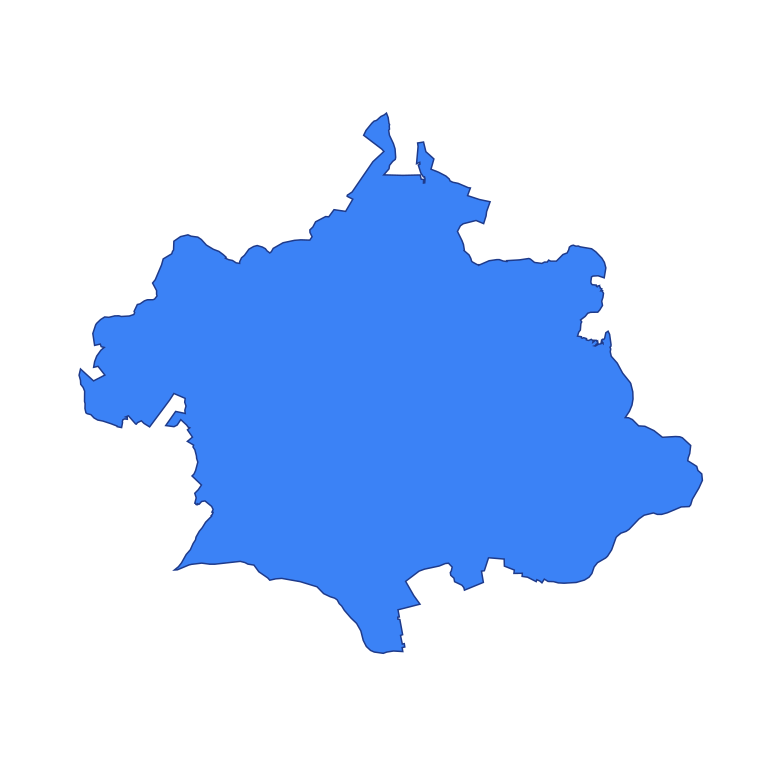 the district of Cojocna, Cluj, Romania, rotated 351°
{"feature_id": "2599482B9725035335069", "entity_name": "Cojocna", "entity_type": "district", "adm_level": 2, "iso_a3": "ROU", "parent_name": "Romania", "parent_adm1": "Cluj", "projection": "equal_earth", "projection_center": [23.848, 46.739], "detail": "fine", "context": "isolated", "style": "filled", "palette": "blue", "viewbox_px": 768, "rotation_deg": 351, "n_neighbors": 0, "source": "geoboundaries", "source_scale": "gbopen_adm2", "svg_char_len": 6143}
<svg xmlns="http://www.w3.org/2000/svg" viewBox="0 0 768 768"><g transform="rotate(351 384 384)"><path d="M666.3,552.8L668.0,551.3L670.5,546.1L678.7,536.1L683.4,529.0L683.8,522.5L680.5,518.5L680.0,514.3L672.0,507.3L672.9,504.5L675.1,500.5L677.3,492.7L670.3,483.8L667.9,482.4L663.8,481.5L650.7,480.2L643.4,472.3L635.1,466.6L629.0,465.2L623.8,458.0L620.3,455.6L617.0,454.9L622.1,449.4L625.6,443.7L627.6,437.8L628.5,430.7L627.8,422.2L627.3,420.9L621.4,410.6L617.6,399.8L612.8,392.2L612.5,387.6L613.4,384.9L613.0,383.0L614.1,382.1L614.4,380.6L614.6,370.3L613.6,366.9L611.1,368.1L609.2,373.1L608.0,374.4L606.8,374.0L605.8,374.7L606.1,375.9L605.6,376.6L606.8,377.6L606.7,378.4L605.9,377.5L605.3,377.8L605.0,376.9L604.5,378.2L602.0,378.3L598.7,379.6L598.0,379.3L599.7,379.0L599.6,378.1L601.7,377.3L601.7,374.9L601.0,375.3L600.6,374.1L597.8,373.6L598.2,374.7L596.9,375.4L597.4,374.2L595.7,372.3L593.1,373.0L591.7,372.6L590.7,371.9L591.2,371.1L590.9,370.7L588.4,369.5L587.0,369.8L586.2,369.2L586.4,368.2L582.6,367.0L584.5,363.2L586.4,361.4L587.9,355.1L589.0,353.6L588.1,351.5L593.3,348.7L596.3,346.0L599.2,345.5L606.4,346.5L608.7,344.6L612.1,340.6L612.0,336.2L613.8,332.7L615.0,328.7L614.1,326.7L614.4,326.1L612.7,325.9L614.1,324.2L612.6,323.1L612.7,322.2L611.9,321.2L612.2,320.5L610.1,320.7L609.7,321.3L609.1,320.7L609.1,319.5L605.2,318.5L604.3,317.0L604.3,315.3L605.7,310.7L607.3,310.1L612.4,310.6L618.1,313.6L621.3,304.0L620.7,298.3L618.9,293.8L613.9,286.6L610.2,282.9L599.2,279.2L597.5,278.1L595.1,277.9L592.7,276.5L590.6,276.7L588.5,277.8L587.4,280.4L585.4,283.2L581.0,284.1L573.5,289.6L567.8,288.7L566.0,287.4L564.3,289.1L561.5,288.7L558.8,289.6L551.7,287.5L548.1,283.5L546.7,282.7L537.2,282.6L524.9,281.4L525.2,281.9L524.7,282.3L521.0,281.2L517.4,279.2L515.1,278.8L507.1,278.7L496.3,281.5L496.4,281.0L494.9,280.8L490.3,277.2L489.7,276.2L489.4,273.5L488.2,269.8L483.9,264.7L484.3,264.4L484.3,258.6L483.5,254.7L480.4,244.8L484.2,239.7L487.4,238.1L500.5,236.9L507.5,241.2L511.1,234.0L512.3,229.8L517.3,220.6L507.1,216.7L496.0,211.0L500.0,203.9L497.8,203.2L488.6,197.4L483.5,195.5L481.0,193.7L480.5,191.7L477.7,188.3L471.1,183.4L464.0,179.2L468.5,169.5L461.7,161.1L460.9,151.2L454.9,151.2L454.8,154.8L450.6,171.5L454.0,170.6L453.9,172.5L452.1,173.1L453.4,181.5L455.4,185.7L456.4,185.7L456.6,187.7L455.7,191.7L454.4,191.7L455.1,188.1L452.8,187.6L452.4,183.2L435.3,180.9L416.5,177.4L422.6,172.3L423.7,168.9L427.4,165.5L430.3,163.9L431.0,161.9L431.7,153.5L430.9,148.0L428.3,139.2L428.3,134.2L429.3,133.2L429.5,130.2L430.1,128.5L429.7,127.6L429.8,121.5L428.8,116.8L426.4,118.2L422.8,119.3L417.8,122.5L415.3,122.8L412.7,124.6L405.9,130.7L402.8,135.2L418.5,151.6L420.3,154.3L407.8,162.7L382.5,189.4L377.4,191.7L376.9,192.7L377.4,193.2L382.1,196.6L373.1,207.5L361.9,204.0L355.6,210.2L352.5,209.5L341.8,213.1L338.3,217.8L334.9,220.2L334.6,222.8L336.0,227.3L333.2,230.3L324.4,228.6L318.0,228.1L306.4,228.7L295.8,232.7L293.4,235.7L291.7,236.7L289.3,234.2L288.0,231.8L285.3,229.7L280.4,227.4L276.7,227.8L271.7,229.7L266.3,235.1L263.0,237.1L260.6,240.6L260.3,242.3L256.9,241.2L253.7,238.3L250.0,236.9L247.0,234.9L247.9,234.1L245.5,231.1L241.7,227.2L236.6,224.3L230.3,219.0L226.2,212.7L223.1,209.8L216.5,207.8L213.7,206.0L206.1,206.6L198.8,210.1L197.1,218.7L195.9,219.9L194.7,222.2L185.5,225.9L182.9,231.6L174.4,245.2L171.2,248.1L174.0,256.2L173.4,259.8L173.6,261.5L170.6,264.3L168.8,264.6L163.4,263.8L160.3,264.4L155.5,266.7L152.8,266.9L148.5,273.2L148.9,274.5L147.8,276.2L143.1,277.0L135.0,276.2L132.9,275.2L128.7,274.6L122.7,275.1L118.6,274.1L114.2,276.0L109.6,279.2L108.4,280.6L104.3,288.6L104.2,300.6L110.0,300.2L110.5,302.9L113.4,304.1L109.7,306.3L104.6,311.5L101.7,316.6L99.8,322.1L104.3,321.8L109.7,331.5L97.6,335.5L86.6,321.7L84.2,327.6L84.8,332.9L84.4,336.9L86.3,340.3L87.2,344.2L85.5,354.3L85.7,356.7L84.8,361.5L85.1,365.8L86.2,366.9L89.7,368.4L92.3,372.2L95.6,374.8L100.5,376.6L108.1,380.5L113.8,383.8L113.7,384.3L114.5,384.7L118.0,386.0L119.7,381.3L119.7,380.0L120.6,378.4L122.4,377.9L125.0,378.7L125.2,376.8L123.8,376.1L126.6,375.4L132.4,384.6L133.1,384.9L134.5,383.6L138.6,382.4L140.8,385.4L145.8,389.7L169.6,366.5L175.0,360.5L185.4,367.1L184.3,370.8L185.0,374.8L183.2,378.7L183.1,382.0L173.9,378.5L161.9,390.9L169.9,393.3L173.3,392.2L177.7,387.4L182.6,393.6L183.9,396.1L185.3,396.9L182.7,398.5L186.5,406.5L180.8,409.9L186.4,414.6L185.5,416.3L186.9,419.4L187.5,425.7L187.3,428.2L187.9,432.0L184.3,440.1L182.2,443.2L180.0,444.8L187.9,455.2L184.1,459.3L180.0,462.3L180.7,467.1L178.5,472.1L179.4,472.5L179.4,473.5L180.5,474.1L181.3,473.1L182.2,473.9L182.8,473.7L185.5,471.5L188.9,471.5L194.6,477.9L195.6,481.2L194.0,483.6L195.1,484.0L194.0,486.0L192.7,487.0L193.0,487.6L186.2,492.6L182.0,497.5L178.5,500.6L174.4,505.8L173.4,508.5L170.5,511.7L166.8,517.4L162.0,521.4L156.0,529.0L152.4,532.3L147.9,534.9L150.9,535.2L163.1,532.2L165.8,532.0L175.9,532.4L183.7,534.7L188.8,535.5L214.3,536.7L218.7,538.6L221.4,540.6L227.2,542.5L231.0,549.9L238.8,557.3L240.5,559.9L246.6,559.5L252.6,560.0L270.3,566.1L286.1,573.8L291.6,581.6L297.6,585.7L301.8,587.8L304.0,589.9L305.4,593.9L307.5,596.7L309.5,601.5L314.8,610.0L319.5,616.2L322.5,624.2L323.4,634.0L325.5,640.5L329.0,645.0L332.4,647.2L341.2,649.9L344.8,649.2L351.6,649.2L360.7,651.2L360.7,647.2L363.4,647.0L363.4,643.6L361.4,643.7L361.1,637.9L361.0,634.9L363.2,634.5L362.8,619.1L360.9,618.4L361.1,616.5L362.7,616.5L362.5,609.2L385.1,607.1L380.3,597.6L374.5,582.3L389.4,574.3L395.0,573.2L410.1,572.4L416.5,570.9L419.7,571.1L422.7,575.5L421.2,579.2L420.0,580.6L420.0,583.4L422.7,586.7L422.8,590.3L429.5,594.9L431.0,597.6L431.2,600.2L451.1,595.5L451.0,584.1L453.9,584.1L460.0,572.1L461.0,572.2L475.3,575.7L474.4,582.7L483.6,588.1L482.7,591.4L491.0,592.6L490.3,595.6L495.6,597.3L503.4,603.0L504.4,601.2L507.1,603.0L508.9,605.1L511.8,601.8L515.2,604.7L520.5,605.7L525.0,607.7L530.7,608.9L542.8,610.1L551.3,609.0L556.3,606.9L559.7,603.7L562.9,597.6L566.9,593.9L575.7,590.5L577.8,589.1L582.9,583.4L589.2,571.9L590.4,570.9L594.6,568.4L600.1,567.4L603.3,565.9L614.8,557.1L620.4,554.3L629.9,553.5L633.5,555.5L637.8,556.2L643.8,555.5L658.3,551.9L666.3,552.8Z" fill="#3b82f6" stroke="#1e3a8a" stroke-width="1.5"/></g></svg>